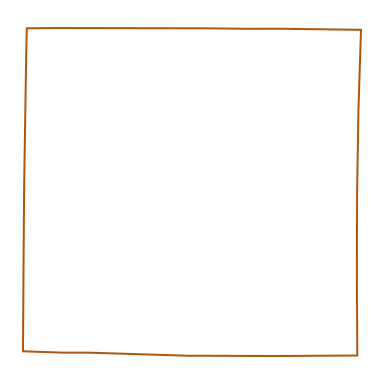 Jefferson, Wisconsin, United States of America (Equal Earth projection)
{"feature_id": "52423323B37691969207110", "entity_name": "Jefferson", "entity_type": "district", "adm_level": 2, "iso_a3": "USA", "parent_name": "United States of America", "parent_adm1": "Wisconsin", "projection": "equal_earth", "projection_center": [-88.78, 43.02], "detail": "fine", "context": "isolated", "style": "outline", "palette": "amber", "viewbox_px": 384, "rotation_deg": 0, "n_neighbors": 0, "source": "geoboundaries", "source_scale": "gbopen_adm2", "svg_char_len": 373}
<svg xmlns="http://www.w3.org/2000/svg" viewBox="0 0 384 384"><path d="M26.8,28.3L26.2,55.0L24.1,188.9L23.5,270.2L23.0,351.3L65.3,352.7L90.3,352.7L190.5,355.8L194.3,355.7L246.4,355.9L274.0,356.0L357.3,355.5L356.9,274.3L357.1,192.7L358.4,111.3L361.0,29.8L360.9,29.8L277.3,28.7L249.4,28.8L202.7,28.3L53.9,28.0L26.8,28.3Z" fill="none" stroke="#b45309" stroke-width="2"/></svg>